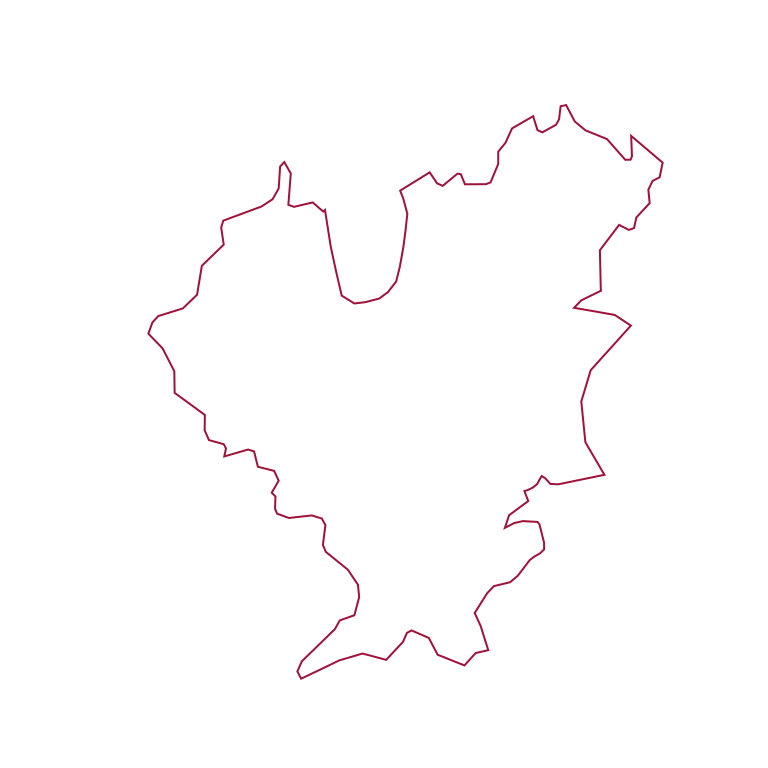 the border of Lancashire, rotated 189°
{"feature_id": "GBR-2123", "entity_name": "Lancashire", "entity_type": "Administrative County", "adm_level": 1, "iso_a3": "GBR", "parent_name": "United Kingdom", "parent_adm1": "", "projection": "albers", "projection_center": [-2.621, 53.865], "detail": "fine", "context": "isolated", "style": "outline", "palette": "rose", "viewbox_px": 768, "rotation_deg": 189, "n_neighbors": 0, "source": "natural_earth", "source_scale": "10m", "svg_char_len": 2035}
<svg xmlns="http://www.w3.org/2000/svg" viewBox="0 0 768 768"><g transform="rotate(189 384 384)"><path d="M184.3,510.1L202.2,497.5L208.2,489.0L166.9,488.3L149.3,480.3L182.0,430.0L186.4,397.6L176.0,358.0L152.1,328.8L196.1,312.2L204.0,311.3L210.3,316.3L213.9,317.7L215.4,314.0L217.1,309.1L220.8,305.0L225.2,301.9L228.6,300.2L223.2,291.0L239.9,274.0L242.1,260.8L233.7,267.0L225.4,270.3L210.8,271.8L208.5,269.7L201.0,252.1L200.0,245.7L203.3,241.2L208.4,237.2L212.5,232.9L221.9,215.5L228.5,207.9L243.8,201.6L249.4,193.5L258.6,172.0L250.6,160.0L239.4,137.4L240.2,137.1L251.4,132.6L260.5,118.6L288.7,125.0L300.0,140.2L318.2,144.9L322.4,141.8L324.9,132.3L338.7,111.9L363.1,114.4L384.6,104.2L419.7,80.0L424.6,86.5L421.8,97.2L394.1,134.3L390.7,143.6L377.1,151.0L375.2,169.6L378.3,181.6L390.6,194.9L415.2,209.1L419.2,215.6L419.8,235.5L424.4,241.4L434.8,242.9L456.9,236.8L469.3,239.2L472.1,243.7L473.6,255.9L477.9,259.1L472.9,272.0L478.9,281.0L495.6,282.5L501.8,297.1L508.0,298.0L530.4,287.5L530.0,295.7L532.9,299.5L548.1,301.2L553.9,310.2L556.1,325.4L589.4,342.5L593.1,363.8L608.3,384.6L624.6,396.8L622.4,408.5L617.6,415.8L594.5,427.2L582.6,442.9L582.4,472.3L564.1,496.6L569.3,513.1L568.3,520.2L532.7,540.2L522.9,549.1L518.6,560.7L520.6,582.6L517.2,587.6L509.0,577.4L506.5,546.0L500.6,544.9L482.8,552.2L471.0,544.8L469.5,546.7L466.8,538.3L458.2,511.6L448.7,487.1L439.6,464.7L425.9,458.9L415.3,461.9L402.0,467.7L394.3,475.6L388.0,487.2L386.7,502.4L386.3,521.9L386.7,537.8L387.6,555.9L394.1,570.4L398.3,577.5L372.0,600.2L363.0,590.5L357.0,588.9L344.4,603.2L340.9,603.2L335.3,593.9L314.6,597.3L310.3,599.8L305.6,619.2L307.5,631.4L301.8,641.1L297.5,656.5L278.6,671.8L272.1,658.7L267.0,657.3L254.6,667.0L252.5,672.9L253.0,686.0L247.8,688.0L236.6,673.1L224.6,666.0L208.9,662.4L202.1,660.8L180.8,643.2L175.6,644.1L174.7,647.7L178.7,667.7L143.4,646.2L144.1,631.3L150.5,626.6L153.3,617.3L149.9,604.2L160.8,588.0L161.4,577.1L166.3,574.5L176.7,577.9L191.7,549.9L185.1,513.7L184.6,511.1L184.3,510.1Z" fill="none" stroke="#9f1239" stroke-width="2"/></g></svg>